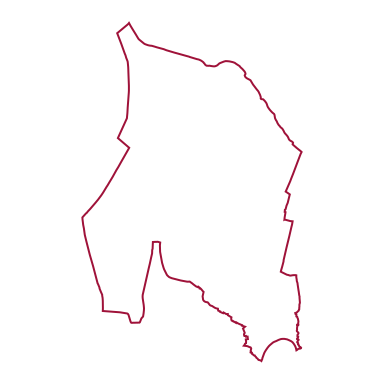 outline of Bang Bua Thong, Nonthaburi, Thailand
{"feature_id": "78962969B62915491742663", "entity_name": "Bang Bua Thong", "entity_type": "district", "adm_level": 2, "iso_a3": "THA", "parent_name": "Thailand", "parent_adm1": "Nonthaburi", "projection": "equal_earth", "projection_center": [100.421, 13.932], "detail": "fine", "context": "isolated", "style": "outline", "palette": "rose", "viewbox_px": 384, "rotation_deg": 0, "n_neighbors": 0, "source": "geoboundaries", "source_scale": "gbopen_adm2", "svg_char_len": 5938}
<svg xmlns="http://www.w3.org/2000/svg" viewBox="0 0 384 384"><path d="M299.6,296.9L299.2,295.1L298.7,291.4L298.5,290.3L297.6,284.2L297.5,283.1L297.1,281.9L296.8,281.0L296.7,279.6L296.3,277.2L296.3,275.8L296.3,275.3L295.4,275.1L294.2,275.1L292.2,275.3L290.7,275.6L289.7,275.5L288.3,275.0L287.2,274.8L286.6,274.6L281.6,272.1L280.8,271.7L281.2,270.0L282.2,266.6L283.4,262.0L283.6,261.0L283.6,260.2L286.6,247.2L289.3,236.2L291.3,227.5L292.1,224.3L292.6,221.3L290.4,221.1L285.2,219.7L284.6,219.6L284.4,219.7L284.6,217.7L285.5,212.4L285.5,212.1L284.7,211.9L284.9,209.8L285.4,209.5L285.6,209.2L286.1,207.3L286.5,205.7L287.7,202.9L289.8,194.4L286.2,191.9L285.7,191.6L290.2,181.3L291.2,178.6L293.0,174.1L298.0,160.8L299.8,156.1L300.7,153.8L301.6,152.0L301.0,151.4L296.5,147.8L292.6,144.4L292.6,144.1L293.0,143.2L293.1,142.9L293.0,142.6L292.8,142.4L292.5,142.0L292.0,141.6L290.2,140.6L289.2,139.7L288.8,139.0L288.1,137.3L287.6,136.4L286.4,134.9L285.2,133.6L284.5,132.7L284.2,132.1L283.5,130.6L282.6,129.1L281.9,128.3L280.5,127.2L279.9,126.3L278.6,124.9L278.3,124.4L277.5,123.1L276.7,121.2L276.0,120.2L275.3,118.8L275.0,118.0L274.5,114.9L274.3,114.4L274.1,114.0L272.5,112.7L271.4,111.6L269.8,109.8L268.7,108.3L268.0,107.3L267.4,106.0L266.8,104.1L266.5,103.4L266.1,102.7L265.0,101.2L263.3,99.4L263.0,99.3L261.4,99.1L260.9,98.8L260.7,98.3L260.8,97.4L260.7,96.9L260.1,95.0L259.7,94.1L259.0,92.7L258.6,91.8L258.0,90.9L256.8,89.5L253.0,84.5L250.5,80.3L249.9,79.9L246.9,78.3L245.9,77.5L245.4,77.0L245.0,76.2L244.7,75.4L244.8,75.1L245.4,74.2L245.5,73.7L245.1,72.4L244.5,71.4L242.5,69.1L240.4,67.2L239.6,66.1L236.2,63.9L234.7,62.8L232.7,62.1L229.5,61.4L227.7,61.2L225.6,61.1L223.8,61.6L220.5,62.9L219.4,63.4L217.3,65.3L216.1,65.9L214.9,66.3L214.3,66.3L213.1,66.3L211.0,66.0L209.4,65.7L208.5,65.8L206.6,65.7L206.2,65.5L205.1,64.6L204.7,64.0L204.4,63.4L203.8,63.0L203.5,62.4L202.4,61.5L200.9,60.5L199.2,59.7L198.2,59.4L196.8,59.1L190.8,57.3L189.5,56.9L188.9,56.6L187.3,56.2L178.0,53.6L174.7,52.7L166.3,50.2L163.8,49.2L156.8,47.3L154.9,46.7L151.8,45.8L149.8,45.6L148.0,45.2L145.7,44.4L144.5,43.9L143.1,42.8L139.3,39.7L138.5,38.9L138.0,38.1L135.6,34.1L131.9,28.1L130.4,25.6L129.0,23.0L128.4,23.8L127.3,24.8L119.0,31.7L117.2,33.2L121.3,43.9L124.8,53.7L125.5,55.3L126.2,57.8L127.4,60.8L127.7,61.8L127.9,63.8L128.2,67.1L128.3,69.4L128.4,72.5L128.9,85.7L128.9,90.7L128.8,92.6L127.7,107.5L127.4,113.0L126.9,118.3L117.9,138.1L129.2,147.8L121.4,161.5L118.2,167.2L116.4,170.1L112.7,176.8L109.2,182.6L107.5,185.5L106.6,186.8L103.1,192.6L101.5,195.0L98.0,199.7L95.7,202.5L90.3,208.8L87.5,211.8L87.1,212.5L85.9,213.5L82.4,217.4L82.5,219.2L83.2,224.9L83.9,228.4L84.8,234.9L86.3,241.1L89.8,254.8L93.1,266.2L97.5,282.9L97.6,283.4L98.0,284.0L99.4,287.4L99.6,288.7L101.0,292.1L102.2,294.8L102.2,295.7L102.6,297.9L102.8,300.8L102.9,308.2L102.8,311.0L119.9,312.3L127.3,313.5L127.9,313.9L128.5,314.9L128.8,315.8L130.4,321.1L130.9,322.3L131.2,322.7L131.5,322.8L139.5,322.6L139.9,322.2L141.4,318.4L143.0,316.6L143.1,316.4L143.6,313.2L143.9,310.4L144.0,308.3L143.7,305.0L142.7,298.3L142.6,296.7L142.7,294.9L148.7,268.4L149.8,263.8L151.2,257.3L152.1,253.4L152.2,250.0L152.6,248.8L152.9,242.0L154.6,241.9L157.9,241.8L160.2,242.5L159.9,245.3L160.1,251.9L162.1,262.9L163.5,267.6L164.1,269.3L166.9,274.9L167.4,275.5L168.9,276.9L169.6,277.3L171.8,278.2L180.8,280.5L187.3,281.7L189.7,281.6L192.1,283.3L193.4,284.4L196.2,286.5L198.2,287.3L198.4,286.8L200.1,288.1L199.9,288.6L201.1,289.0L202.8,291.1L203.6,291.9L202.6,296.3L203.1,299.7L203.5,300.4L204.0,301.0L205.0,301.7L206.2,302.1L207.6,302.3L208.0,302.6L209.8,305.0L210.5,305.5L212.1,306.0L214.7,307.7L215.6,308.1L216.4,308.4L217.9,308.7L217.9,308.8L218.2,310.6L220.1,311.4L220.0,311.8L221.7,312.6L223.2,313.2L223.6,312.5L226.3,314.1L227.8,314.0L227.9,315.2L231.4,317.3L231.3,317.5L231.2,319.1L231.4,319.6L231.6,320.5L233.2,321.4L233.3,321.2L236.0,322.9L236.2,322.3L238.4,323.6L241.2,324.8L242.1,325.1L242.0,325.7L245.0,326.7L243.0,328.5L244.7,332.7L244.7,332.9L244.0,334.1L244.0,334.4L244.2,335.6L244.4,336.0L244.5,336.0L245.9,335.9L246.0,336.7L247.6,336.6L247.9,339.1L245.8,339.4L246.1,341.8L246.0,343.2L245.2,343.6L245.0,343.8L244.6,344.8L243.9,345.7L247.1,346.1L248.5,346.6L249.6,347.2L250.4,347.3L250.7,347.5L251.1,348.3L251.2,348.7L250.6,351.1L250.7,351.3L251.0,351.5L250.6,352.5L251.2,352.8L252.0,352.9L252.1,353.2L252.1,353.8L252.2,354.1L252.6,354.3L253.2,354.6L253.6,355.1L254.0,355.4L254.8,355.5L255.1,356.2L256.0,357.0L256.4,357.8L257.5,358.6L258.3,359.7L258.8,360.0L259.9,360.2L260.9,360.6L261.4,361.0L262.1,359.4L262.3,358.9L262.4,358.1L264.0,353.7L264.5,352.5L265.8,350.3L267.6,347.7L268.9,346.1L269.8,345.2L271.8,343.5L273.0,342.5L274.3,341.8L276.1,341.1L278.6,339.9L280.5,339.2L281.3,339.0L282.4,338.9L284.5,338.9L285.7,339.1L287.2,339.4L289.3,340.3L291.3,341.3L292.6,342.3L293.9,344.0L295.0,345.8L295.7,347.4L296.2,349.2L296.4,350.3L297.1,349.9L298.2,348.9L300.5,348.5L301.0,348.2L301.1,347.8L300.6,347.2L300.2,346.9L299.5,346.7L299.3,346.5L298.9,345.3L298.6,344.9L298.1,344.6L298.0,344.4L298.0,344.1L298.2,343.4L298.1,343.1L298.0,342.9L297.4,342.6L297.2,342.3L297.2,342.0L297.4,341.6L298.5,340.1L298.6,339.8L298.6,339.7L298.4,339.6L297.3,339.3L297.1,339.2L297.0,338.8L297.1,338.6L297.6,338.2L297.9,337.9L298.1,337.2L298.2,336.9L298.2,336.7L297.5,336.6L297.4,336.3L297.4,335.9L297.5,335.2L297.5,334.8L298.0,334.2L298.4,333.5L298.5,333.1L298.4,332.8L298.2,332.5L296.9,331.2L296.8,330.7L297.1,329.3L297.0,328.2L297.3,326.4L297.3,326.0L297.0,325.3L297.0,324.8L297.1,324.6L297.3,324.5L297.6,324.6L298.1,325.1L298.3,325.1L298.4,324.9L298.4,324.7L298.2,323.9L298.2,323.3L298.4,321.3L297.9,318.7L297.4,317.7L297.2,316.8L296.4,316.5L296.3,316.3L296.4,315.0L296.4,314.4L295.5,314.0L295.3,313.1L295.8,313.1L296.1,312.7L297.2,312.1L297.7,311.5L298.7,310.6L298.8,310.3L298.9,309.7L299.3,309.1L299.2,308.1L299.4,306.8L299.4,304.7L299.9,302.8L299.9,302.4L299.5,297.5L299.6,296.9Z" fill="none" stroke="#9f1239" stroke-width="2"/></svg>